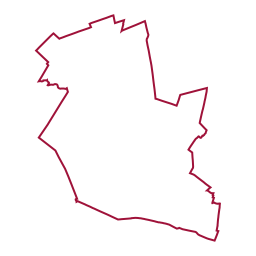 the district of Sanandrei, Timis, Romania
{"feature_id": "2599482B6539114873725", "entity_name": "Sanandrei", "entity_type": "district", "adm_level": 2, "iso_a3": "ROU", "parent_name": "Romania", "parent_adm1": "Timis", "projection": "mercator", "projection_center": [21.197, 45.88], "detail": "fine", "context": "isolated", "style": "outline", "palette": "rose", "viewbox_px": 256, "rotation_deg": 0, "n_neighbors": 0, "source": "geoboundaries", "source_scale": "gbopen_adm2", "svg_char_len": 5475}
<svg xmlns="http://www.w3.org/2000/svg" viewBox="0 0 256 256"><path d="M214.6,240.6L215.4,238.7L216.9,234.9L217.9,232.1L218.3,231.1L216.6,230.6L217.1,228.2L217.3,226.9L217.6,225.8L217.6,225.5L217.5,225.2L217.6,224.6L217.7,223.4L217.8,222.1L217.9,220.9L218.1,218.9L218.3,217.5L218.5,215.4L218.9,212.4L219.3,209.4L219.6,207.7L219.7,205.6L219.9,203.6L219.4,203.5L219.2,203.6L218.9,203.6L218.6,203.6L218.3,203.7L218.2,203.7L217.9,203.8L217.6,203.7L217.2,203.7L216.9,203.6L216.5,203.6L216.1,203.5L215.6,203.3L215.3,203.2L215.0,203.1L214.8,203.0L214.6,202.8L214.5,202.7L214.4,202.6L214.1,202.7L213.9,202.7L213.7,202.7L213.3,202.6L213.2,202.7L213.0,202.8L212.8,202.9L212.6,203.1L212.4,203.1L212.4,202.6L212.9,201.0L213.9,197.8L212.7,197.4L213.3,195.6L212.7,195.4L212.6,195.2L213.1,194.0L213.4,193.2L211.4,193.2L210.6,192.7L210.2,192.5L209.9,192.3L209.7,192.1L209.2,191.7L208.6,191.2L207.3,190.4L207.1,190.4L207.3,190.2L207.6,190.0L208.0,189.6L208.6,189.0L209.6,188.1L210.0,187.8L210.5,187.4L207.5,185.2L206.5,184.5L205.9,184.0L205.3,183.6L204.7,183.0L204.2,182.6L203.8,182.3L203.4,181.9L202.8,181.5L198.6,178.3L196.9,177.0L194.8,175.3L194.1,174.9L193.7,174.6L190.0,173.2L191.5,170.4L193.0,167.8L193.1,166.8L193.1,166.3L193.1,166.1L193.0,164.4L192.8,160.6L192.5,157.3L192.3,154.0L192.2,152.5L189.8,150.7L188.5,149.7L189.7,147.7L191.0,145.7L191.2,145.4L191.7,144.7L192.3,143.8L193.2,142.5L193.7,141.7L194.2,141.0L194.3,140.9L194.5,140.7L194.7,140.2L195.0,139.9L195.2,139.6L195.4,139.3L195.7,138.9L195.9,138.7L196.1,138.6L196.5,138.3L197.4,137.6L197.6,137.3L197.9,137.0L198.1,136.8L198.3,136.6L198.5,136.4L198.9,136.5L199.1,136.7L199.2,136.8L199.3,136.8L199.5,137.0L199.7,137.3L199.9,137.4L200.2,137.6L200.4,137.7L200.5,137.8L200.8,137.8L200.9,137.7L201.2,137.6L201.4,137.4L201.8,136.7L202.0,136.4L202.2,136.0L202.3,135.9L202.5,135.6L202.9,135.6L203.0,135.6L203.3,135.7L203.5,135.4L203.8,135.2L204.0,135.1L204.2,134.9L204.3,134.6L204.5,134.3L204.8,133.9L205.5,133.3L205.6,133.2L205.7,132.8L205.9,132.0L206.1,131.5L206.2,131.2L206.5,130.5L206.6,130.2L204.8,128.4L201.4,124.8L199.7,123.0L200.1,120.9L200.3,120.1L201.0,116.9L201.8,113.4L202.2,111.7L202.6,110.1L202.9,109.2L203.6,106.1L204.4,102.5L204.5,101.8L205.4,97.9L205.8,95.5L206.6,91.7L206.9,88.0L197.9,90.3L189.9,92.4L180.3,94.9L180.2,95.2L179.9,96.0L178.7,100.0L177.1,104.4L176.6,105.7L171.4,103.8L167.6,102.6L162.0,100.8L159.1,99.8L157.1,99.1L155.9,98.8L155.5,98.7L155.3,96.4L154.5,89.1L154.0,85.4L153.4,80.7L152.7,74.7L151.5,65.8L150.8,61.9L150.6,61.0L149.8,56.8L148.7,50.6L147.5,45.1L146.9,41.7L146.7,41.0L146.7,40.4L146.7,39.7L146.8,39.1L146.9,38.7L147.4,37.9L148.2,35.9L148.3,35.3L148.4,34.8L148.3,34.5L147.7,32.6L147.5,31.8L146.4,27.5L145.6,23.7L145.2,22.3L145.0,21.5L144.9,21.1L139.1,23.6L135.8,25.0L130.6,27.1L127.2,28.5L122.1,30.6L121.6,31.0L122.3,28.2L123.3,24.4L123.2,24.2L123.1,23.9L124.0,20.2L118.9,21.8L115.0,23.1L114.3,19.9L113.4,15.4L111.6,15.9L106.3,17.9L103.3,18.9L97.9,20.8L91.4,23.0L89.6,23.8L91.0,27.2L90.0,27.6L88.8,28.1L84.4,29.6L78.5,31.6L75.9,32.6L71.5,34.2L66.4,36.0L62.5,37.5L59.6,38.5L59.3,38.7L56.3,36.0L53.5,33.4L53.2,33.6L50.3,36.3L48.3,38.3L46.6,40.0L44.2,42.4L42.8,43.8L41.2,45.4L38.8,47.8L37.7,49.0L36.1,50.6L42.5,56.7L48.2,62.1L46.9,63.8L48.3,65.3L41.8,76.4L38.8,81.3L39.4,81.2L39.7,81.1L40.1,81.1L40.4,81.1L40.8,81.2L41.3,81.3L41.5,81.4L41.9,81.4L42.4,81.3L42.7,81.2L42.9,81.1L43.1,81.0L43.3,80.8L43.5,80.5L43.5,80.4L47.0,80.3L47.1,80.2L47.2,80.7L47.3,81.0L47.5,81.3L47.8,81.7L48.0,81.8L48.3,82.0L48.6,82.3L48.9,82.7L49.0,83.0L47.7,85.2L47.9,85.3L48.4,85.3L48.6,85.2L49.2,85.1L49.6,84.9L50.0,84.8L50.4,84.8L50.6,84.7L50.9,84.7L51.2,84.7L51.6,84.7L51.9,84.7L52.3,84.7L52.8,84.8L53.0,84.8L53.5,84.7L53.9,84.5L54.3,84.3L54.5,84.2L54.9,84.1L55.2,84.1L55.6,84.1L56.0,84.2L56.4,84.3L56.7,84.4L56.9,84.5L57.1,84.7L57.4,85.1L57.5,85.3L57.6,85.6L57.7,85.9L57.8,86.3L57.9,87.1L58.2,87.6L58.4,87.8L58.6,88.0L59.1,88.3L59.5,88.4L60.2,88.7L60.6,88.7L61.0,88.6L61.9,88.5L62.2,88.5L62.8,88.5L63.3,88.5L64.2,88.6L64.7,88.7L65.1,88.8L65.4,88.9L65.7,88.8L65.9,88.8L66.8,88.2L67.6,91.0L67.9,91.9L65.5,95.8L61.5,102.1L55.3,112.2L50.3,120.3L48.1,123.9L47.9,124.3L38.8,137.6L55.4,150.5L58.7,157.1L62.4,163.9L65.1,168.8L68.3,176.4L72.0,185.7L72.1,186.0L75.9,195.7L77.1,198.8L76.1,199.0L75.9,199.1L75.7,199.3L75.7,199.5L75.7,199.9L75.8,200.1L76.2,200.8L76.5,201.4L76.6,201.6L76.6,201.8L76.8,201.7L77.1,201.3L77.2,201.2L77.3,201.1L77.5,201.1L78.4,201.5L78.8,201.7L85.0,204.4L86.4,205.1L90.1,206.7L91.3,207.3L91.8,207.5L92.2,207.8L94.2,208.6L96.1,209.5L100.7,211.6L107.3,214.5L110.3,215.9L111.3,216.4L118.0,219.5L120.4,219.3L121.2,219.2L125.0,218.9L131.1,218.4L131.3,218.2L134.8,217.9L135.2,217.9L135.8,217.9L136.4,217.9L138.1,218.0L139.4,218.2L140.8,218.3L142.7,218.7L144.5,219.0L145.1,219.2L146.1,219.4L148.6,219.9L150.7,220.4L154.7,221.3L156.0,221.7L157.7,222.1L158.0,222.2L158.3,222.3L158.6,222.3L159.0,222.3L159.8,222.4L160.0,222.5L161.3,222.7L162.0,222.8L162.5,222.9L162.9,223.0L164.0,223.3L164.8,223.4L166.8,223.9L167.4,224.1L168.8,224.5L169.4,224.7L170.5,225.3L173.3,226.8L175.8,228.1L176.7,228.5L176.8,228.6L177.1,228.6L177.3,228.5L177.6,228.4L178.4,228.3L178.6,228.2L178.8,228.1L179.1,227.9L179.4,227.9L179.7,228.1L180.6,228.4L182.5,229.2L186.7,230.1L188.0,230.4L191.9,231.2L195.5,231.9L195.8,232.1L196.0,232.2L196.4,232.5L198.1,234.4L198.6,234.7L199.3,235.1L199.8,235.4L200.2,235.5L201.8,236.2L204.6,237.4L207.0,238.4L208.8,239.0L211.8,239.8L214.6,240.6Z" fill="none" stroke="#9f1239" stroke-width="2"/></svg>